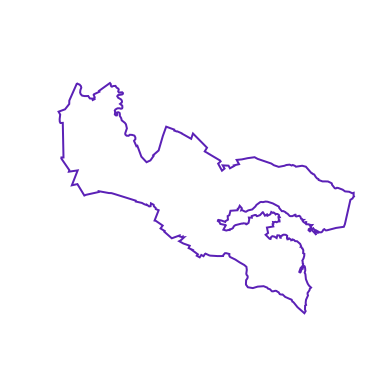 outline of Borosneu Mare, Covasna, Romania, rotated 292°
{"feature_id": "2599482B5225346003684", "entity_name": "Borosneu Mare", "entity_type": "district", "adm_level": 2, "iso_a3": "ROU", "parent_name": "Romania", "parent_adm1": "Covasna", "projection": "orthographic", "projection_center": [26.017, 45.82], "detail": "fine", "context": "isolated", "style": "outline", "palette": "violet", "viewbox_px": 384, "rotation_deg": 292, "n_neighbors": 0, "source": "geoboundaries", "source_scale": "gbopen_adm2", "svg_char_len": 6079}
<svg xmlns="http://www.w3.org/2000/svg" viewBox="0 0 384 384"><g transform="rotate(292 192 192)"><path d="M262.3,75.1L250.9,67.9L250.3,68.6L245.9,64.5L245.2,64.4L243.4,66.3L242.8,66.5L242.2,65.9L241.5,66.8L240.1,65.5L241.2,64.6L240.5,62.2L242.1,59.8L240.7,56.5L240.2,54.0L241.0,52.2L242.3,51.0L244.8,50.3L247.2,50.3L248.5,49.4L249.5,47.5L249.4,46.3L249.6,45.1L249.1,44.6L230.8,44.0L227.6,45.2L221.1,43.3L216.5,38.2L214.4,40.8L209.9,42.0L207.6,43.1L206.7,44.2L207.7,46.3L175.9,59.9L175.1,58.0L174.1,58.3L166.3,70.1L164.7,70.2L169.2,77.9L153.2,78.1L156.4,82.8L148.4,93.5L149.7,94.8L157.1,105.6L157.8,105.2L159.9,115.3L160.8,117.8L161.1,121.1L162.9,143.1L162.1,143.4L163.1,149.6L162.8,152.4L162.9,154.8L163.3,154.8L162.6,157.7L163.3,158.9L166.1,158.2L165.8,161.2L164.4,162.1L163.6,164.3L162.6,164.8L162.6,167.9L151.5,168.0L151.7,169.3L149.9,177.4L146.4,176.5L145.6,181.3L144.8,181.2L141.5,190.6L147.1,196.8L146.2,197.1L146.4,199.5L147.2,200.1L146.4,200.5L147.0,201.6L142.8,199.6L141.6,198.6L141.0,203.2L141.3,210.0L138.7,209.9L138.6,213.6L138.3,213.3L136.4,220.8L134.7,220.3L134.3,223.6L137.1,224.2L136.8,226.7L139.3,227.2L139.9,227.6L139.7,231.8L139.9,232.9L142.3,240.1L144.3,244.8L145.4,244.7L147.6,245.5L148.1,246.7L148.5,249.9L146.9,250.4L146.0,251.7L145.6,257.4L144.6,262.5L143.9,267.8L143.0,270.5L140.3,272.0L136.7,272.9L135.8,273.5L134.9,275.0L134.1,275.5L132.6,275.7L130.6,275.2L127.1,276.4L126.3,276.8L124.6,279.5L125.7,284.4L128.9,288.4L131.5,293.7L131.5,297.7L130.9,298.5L131.0,300.8L129.9,303.2L130.2,304.3L131.6,306.2L131.9,307.4L131.5,308.7L131.5,309.8L130.2,311.6L130.3,313.1L130.9,314.4L129.6,317.8L129.4,324.8L128.0,326.1L128.0,326.8L127.5,328.0L124.7,333.0L121.7,341.6L124.1,342.0L125.3,340.8L129.1,339.4L130.0,340.1L131.5,339.0L134.7,338.1L139.6,338.3L140.6,337.4L141.7,337.0L144.8,337.7L146.4,337.5L148.0,338.2L149.0,335.6L150.3,333.7L153.8,330.3L158.3,327.9L159.4,326.7L161.7,326.4L163.6,325.5L165.2,324.4L165.4,323.6L164.3,323.7L163.1,322.9L162.3,323.4L161.9,323.0L162.2,322.3L159.7,322.7L159.0,322.4L158.5,322.7L157.9,322.4L158.1,321.4L162.3,321.2L164.3,322.1L166.0,322.2L167.0,322.0L167.5,321.2L168.6,320.9L169.7,320.0L172.1,320.3L174.8,320.0L176.8,319.3L176.9,318.0L179.7,317.0L181.1,315.5L181.0,315.1L182.1,313.7L182.0,313.4L182.6,313.5L184.4,311.7L185.7,307.9L185.1,306.0L185.7,304.6L185.7,303.1L184.9,302.9L184.5,302.2L184.9,302.1L185.3,299.5L185.0,299.3L185.3,299.2L184.9,298.2L184.2,297.9L184.8,297.3L187.1,296.6L187.4,294.9L186.8,293.0L186.0,292.1L185.5,292.1L184.5,290.9L182.8,291.4L182.7,290.9L183.8,290.1L184.4,289.1L183.8,287.4L181.0,287.7L181.5,285.2L181.1,283.0L179.6,282.2L177.9,282.4L177.7,281.4L179.9,276.3L182.5,277.9L187.1,274.8L190.5,280.3L192.4,278.8L193.0,279.4L194.5,278.4L194.7,279.3L195.6,280.5L195.7,281.9L196.7,282.6L197.5,284.2L198.7,283.6L198.8,283.0L201.0,281.6L201.5,282.7L202.3,281.7L203.3,281.1L203.6,279.5L203.2,278.2L202.6,277.9L203.4,276.4L203.6,275.4L202.9,274.9L203.2,273.0L200.7,273.0L198.2,270.8L199.3,269.9L197.4,268.5L199.8,265.4L199.7,265.1L196.0,263.7L193.9,261.3L193.9,260.9L194.6,259.9L194.3,259.0L192.1,256.4L190.6,257.1L189.6,254.3L187.9,255.4L184.6,256.0L182.5,254.7L182.4,254.2L182.9,253.8L182.3,251.5L181.7,250.9L181.6,250.3L180.7,249.0L177.5,244.6L175.8,243.6L174.0,243.5L172.9,242.8L171.7,241.4L171.1,241.3L171.2,240.8L170.6,240.6L170.3,239.8L169.1,238.2L168.8,235.2L173.8,235.8L173.9,235.4L173.0,230.2L174.4,228.7L174.8,226.8L175.7,226.7L176.0,226.9L176.6,230.1L176.7,233.9L177.3,233.8L179.8,235.7L183.0,234.1L184.5,235.3L189.0,234.7L192.1,241.0L193.5,240.7L193.6,241.2L194.2,241.3L197.1,241.4L195.6,244.3L193.5,244.5L194.0,245.1L193.7,248.1L193.9,249.4L196.0,251.0L198.4,254.4L202.3,256.2L204.2,256.6L208.1,259.0L208.7,259.8L209.2,261.6L210.7,263.8L211.3,265.8L211.7,271.1L211.0,277.9L209.7,279.1L207.9,282.5L208.5,284.0L208.3,286.3L207.8,287.1L207.7,288.7L206.4,291.5L206.5,292.4L207.2,294.1L209.6,296.1L209.7,296.5L208.4,297.1L208.4,297.9L210.1,300.3L209.8,301.6L208.1,303.1L208.3,303.8L207.6,305.0L207.9,305.8L206.8,305.2L206.0,306.5L205.6,308.3L206.9,308.9L206.9,309.2L205.2,309.5L204.9,310.0L205.7,312.0L205.9,314.7L206.4,315.8L206.0,315.7L204.9,314.1L204.2,315.4L203.6,315.8L201.3,314.2L200.2,314.4L199.4,316.9L200.2,315.8L201.1,315.5L203.7,318.0L203.3,318.3L202.1,317.4L201.6,317.4L199.5,322.1L198.6,323.2L202.8,320.1L201.0,324.8L202.7,323.1L202.4,325.5L203.1,327.0L204.0,327.6L206.4,328.0L207.1,328.6L206.5,330.3L206.9,331.3L212.7,339.1L216.6,345.8L219.5,345.8L244.1,341.8L246.2,343.3L247.3,343.3L248.6,343.9L249.2,343.2L251.8,342.2L250.9,341.1L251.1,337.6L249.9,333.7L250.6,330.8L250.5,326.2L250.2,324.8L249.2,324.0L249.0,322.9L251.2,319.1L252.3,318.4L252.5,317.4L252.7,314.1L250.7,308.9L250.6,304.9L251.4,304.3L251.4,302.9L252.3,301.1L253.9,298.9L254.1,298.1L253.9,297.6L254.4,296.3L254.2,295.8L258.1,288.1L257.6,284.3L254.4,278.9L254.8,277.5L254.8,275.3L253.9,274.5L253.9,272.2L252.4,269.4L250.9,267.8L247.8,263.0L247.5,257.9L248.1,254.9L247.3,240.5L247.7,237.0L244.2,230.9L240.9,226.0L238.5,221.4L235.4,225.2L232.4,220.9L232.0,221.4L228.2,218.3L230.1,216.0L228.2,210.5L225.9,213.4L223.0,211.8L228.1,205.6L231.1,207.1L231.7,206.3L234.4,188.6L238.7,189.3L246.6,171.0L241.0,171.3L242.4,160.5L242.6,160.4L242.7,155.6L242.4,155.2L242.3,152.5L243.2,152.2L242.9,143.6L232.9,144.0L218.0,145.5L211.5,142.2L211.1,142.9L205.7,141.6L202.6,138.7L205.8,131.8L214.4,124.0L213.6,123.3L217.7,119.1L219.9,119.7L221.4,119.0L222.3,118.0L222.7,117.4L222.5,115.0L221.7,112.8L220.4,112.2L219.7,110.2L220.3,108.7L221.4,108.1L226.6,107.8L230.0,105.4L231.0,103.8L232.1,100.0L233.9,98.7L235.6,96.5L237.1,96.0L238.2,95.2L238.4,93.9L237.8,92.8L237.3,92.7L235.6,93.8L234.8,93.6L234.5,92.6L235.0,91.4L237.4,90.8L238.5,89.9L239.8,90.1L241.6,91.5L242.4,93.2L242.6,95.0L243.4,95.9L244.6,95.7L246.0,94.9L246.7,92.3L248.7,93.4L249.9,93.1L250.8,92.3L251.3,91.3L251.7,88.3L252.8,86.8L254.2,87.2L256.2,90.6L256.9,91.1L257.8,91.0L258.3,89.9L256.8,87.0L257.6,85.9L259.5,85.7L260.2,85.0L260.6,82.9L261.7,81.3L260.7,79.2L259.8,78.5L259.6,77.9L260.2,76.9L261.6,76.3L262.3,75.1Z" fill="none" stroke="#5b21b6" stroke-width="2"/></g></svg>